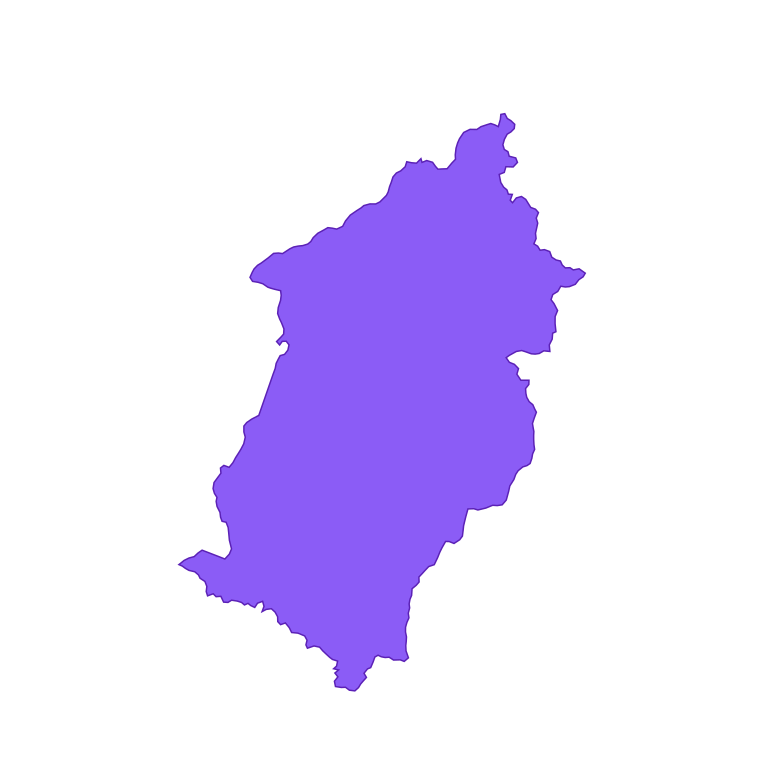 outline of Casa Branca, São Paulo, Brazil, rotated 24°
{"feature_id": "56859067B40720092622616", "entity_name": "Casa Branca", "entity_type": "district", "adm_level": 2, "iso_a3": "BRA", "parent_name": "Brazil", "parent_adm1": "São Paulo", "projection": "robinson", "projection_center": [-47.085, -21.789], "detail": "fine", "context": "isolated", "style": "filled", "palette": "violet", "viewbox_px": 768, "rotation_deg": 24, "n_neighbors": 0, "source": "geoboundaries", "source_scale": "gbopen_adm2", "svg_char_len": 4495}
<svg xmlns="http://www.w3.org/2000/svg" viewBox="0 0 768 768"><g transform="rotate(24 384 384)"><path d="M517.7,624.2L512.7,618.9L510.3,614.1L509.0,610.1L507.4,605.9L504.5,601.8L502.6,597.4L501.9,592.5L501.9,587.5L499.4,583.5L498.5,578.1L496.4,574.7L495.3,570.1L495.2,565.9L492.9,559.6L495.3,554.8L496.6,550.6L494.4,546.2L496.1,541.4L497.3,537.7L499.1,532.6L503.4,528.6L503.6,520.7L503.4,514.8L503.6,510.0L504.3,502.8L507.6,501.4L512.8,501.2L516.5,495.5L517.5,491.1L515.9,485.8L514.4,481.2L513.7,477.5L512.7,472.0L511.5,464.0L516.8,461.4L521.0,460.9L527.5,455.9L532.6,450.6L536.9,449.0L541.1,446.3L542.9,440.3L541.5,431.2L540.4,425.9L541.5,418.4L541.1,413.0L541.8,408.7L544.5,403.3L547.8,400.4L549.8,397.2L549.3,391.8L548.2,387.4L548.2,382.5L545.7,378.5L543.3,373.8L541.6,370.0L540.2,366.4L538.2,363.5L535.7,359.7L535.1,354.0L534.7,347.8L531.9,345.6L528.4,342.4L523.8,341.1L519.8,338.1L517.4,334.8L515.2,330.6L516.5,325.5L514.9,321.6L507.5,324.9L501.4,321.0L500.6,315.2L495.1,313.0L489.7,313.2L484.9,310.3L486.8,306.9L491.7,300.4L496.2,297.4L500.8,296.9L506.3,296.5L509.9,295.2L513.4,293.0L516.5,288.7L522.3,286.8L519.1,281.1L519.4,274.6L517.4,269.0L519.8,266.3L515.7,259.2L512.9,252.8L512.7,246.3L506.6,241.4L502.3,239.0L501.8,233.6L505.1,228.7L505.7,222.8L510.2,221.6L513.8,219.6L518.2,215.1L519.6,209.4L522.3,205.1L522.8,200.9L519.4,200.2L515.4,199.4L510.5,202.8L506.6,202.1L502.4,204.2L498.4,202.8L495.1,199.9L490.8,200.7L485.7,199.9L481.5,195.6L475.9,196.0L472.2,198.3L468.3,195.6L463.9,195.0L463.8,189.3L461.1,184.7L460.0,179.3L459.0,174.5L455.6,170.5L455.4,164.6L451.3,162.7L446.2,163.0L438.4,157.7L433.3,156.8L429.2,160.2L427.7,166.1L424.6,164.8L424.1,158.6L420.4,160.0L417.4,156.7L413.2,155.5L408.7,152.4L404.0,145.7L407.8,141.8L407.0,135.9L413.7,133.2L415.8,127.3L412.4,123.9L405.7,125.0L402.8,121.4L398.5,120.8L395.3,117.1L394.5,111.6L394.9,105.7L397.4,102.1L399.1,97.7L397.8,93.6L392.7,91.8L388.6,91.3L384.4,87.9L381.1,90.2L382.7,95.0L383.7,102.4L380.0,102.2L375.6,102.6L372.6,105.2L367.9,109.5L365.3,113.7L359.0,116.4L354.5,121.8L353.2,129.2L353.2,133.8L353.9,139.3L355.9,145.7L357.9,149.6L356.1,154.6L354.1,161.7L349.4,164.0L345.9,165.8L342.4,164.2L338.2,161.7L332.1,162.5L328.6,166.1L326.1,163.1L323.9,169.0L319.1,170.7L314.4,171.7L315.0,176.9L312.6,182.5L309.5,186.2L308.0,191.2L308.6,196.9L308.8,201.3L309.7,206.9L309.5,210.7L307.9,214.9L306.2,219.3L303.2,222.9L297.9,225.2L293.0,229.2L291.4,232.5L288.6,236.7L284.5,243.4L282.5,250.7L282.1,256.8L277.8,261.7L273.3,262.7L269.1,264.0L266.2,268.0L262.2,273.2L259.8,279.0L259.2,283.6L257.4,287.2L253.5,290.6L249.5,292.9L245.7,295.6L243.0,298.8L238.3,306.1L234.3,307.3L230.0,309.6L226.9,315.9L222.6,323.5L220.2,327.0L218.5,331.7L218.2,335.6L218.2,341.1L222.2,343.7L227.6,342.3L232.5,341.7L238.5,342.8L241.9,342.5L245.8,341.9L251.6,340.8L254.0,344.8L255.5,349.7L256.3,357.2L258.2,362.9L262.2,367.0L265.5,369.8L270.2,374.4L272.0,379.2L270.8,383.0L268.6,388.9L272.8,390.8L273.7,386.4L277.3,384.7L281.3,386.9L282.4,392.2L281.1,397.4L277.6,400.3L277.3,404.3L277.1,409.0L278.3,414.0L278.7,420.1L282.4,463.6L277.4,469.9L274.3,475.0L273.1,479.4L275.5,484.8L278.9,489.0L280.2,495.7L279.8,501.8L279.3,505.7L278.4,511.6L278.0,517.3L276.4,523.1L270.8,523.5L268.8,527.3L271.3,531.8L270.1,537.2L268.8,543.1L270.4,549.1L273.6,552.9L277.5,555.5L278.4,559.5L281.3,563.8L286.4,568.0L288.9,572.2L291.9,575.3L296.0,574.5L300.0,578.5L303.0,583.7L306.3,589.6L308.8,592.8L311.8,596.7L311.9,602.4L309.8,608.6L302.9,608.9L285.4,609.8L282.8,614.1L280.8,618.9L276.6,622.3L273.2,626.4L270.1,632.4L273.9,632.4L277.5,633.2L281.6,633.6L287.5,632.5L292.2,633.9L295.0,636.3L300.7,637.2L304.5,641.0L306.0,645.9L309.0,649.3L313.3,645.1L317.1,646.6L321.3,644.3L326.2,648.5L330.3,647.0L332.7,643.5L338.2,642.0L342.7,641.5L346.4,642.6L349.0,639.7L352.3,640.6L356.8,640.7L357.6,635.7L361.5,631.9L364.8,635.9L365.2,641.5L368.1,637.8L372.5,635.1L377.3,636.7L381.5,639.9L383.6,644.3L387.4,645.9L391.1,642.4L396.5,645.1L400.7,648.6L406.7,646.6L414.0,646.4L417.9,649.4L418.8,654.1L421.5,656.5L426.6,651.8L432.2,650.6L436.6,652.7L440.6,654.1L445.6,655.8L448.9,656.6L454.3,656.0L455.4,661.0L453.8,664.6L458.8,663.7L456.7,668.0L461.0,670.3L459.6,675.7L462.7,680.1L468.4,678.6L472.2,676.7L476.9,677.8L482.2,676.2L484.2,671.7L484.7,667.5L485.8,663.8L487.3,659.2L483.4,656.4L484.8,651.0L487.2,648.5L487.1,642.3L486.7,637.1L488.9,634.2L492.4,634.3L496.3,633.4L499.8,631.5L505.0,632.3L511.0,629.4L515.3,629.2L517.7,624.2Z" fill="#8b5cf6" stroke="#5b21b6" stroke-width="1.5"/></g></svg>